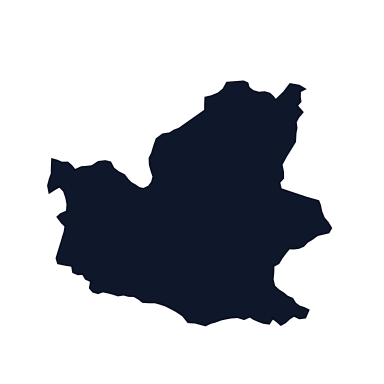 the district of Iporã do Oeste, Santa Catarina, Brazil, rotated 193°
{"feature_id": "56859067B29932927337968", "entity_name": "Iporã do Oeste", "entity_type": "district", "adm_level": 2, "iso_a3": "BRA", "parent_name": "Brazil", "parent_adm1": "Santa Catarina", "projection": "natural_earth1", "projection_center": [-53.489, -27.013], "detail": "fine", "context": "isolated", "style": "filled", "palette": "ink", "viewbox_px": 384, "rotation_deg": 193, "n_neighbors": 0, "source": "geoboundaries", "source_scale": "gbopen_adm2", "svg_char_len": 2152}
<svg xmlns="http://www.w3.org/2000/svg" viewBox="0 0 384 384"><g transform="rotate(193 192 192)"><path d="M119.5,80.2L112.6,79.7L107.6,83.5L103.3,82.0L97.9,81.0L93.0,80.4L87.1,80.9L84.9,87.0L79.8,84.7L75.5,82.3L71.6,85.9L68.4,90.6L64.8,94.2L58.9,92.9L53.2,95.0L51.7,103.3L56.8,104.4L61.6,104.8L66.2,106.8L70.1,110.8L75.5,111.7L80.0,114.0L85.4,115.9L90.6,118.9L93.6,125.2L94.5,132.2L95.8,138.2L91.5,141.9L89.5,148.1L86.9,154.0L84.5,158.8L80.2,159.6L75.5,161.3L71.2,164.3L68.4,169.1L64.3,173.1L60.0,178.1L54.6,180.7L49.6,183.2L48.1,188.2L52.7,192.9L57.6,196.5L61.5,202.2L64.1,208.0L66.7,211.8L79.2,212.4L106.0,215.0L108.9,221.0L106.1,225.9L107.6,232.1L110.7,238.9L108.1,248.3L105.5,255.8L102.7,264.2L104.2,272.8L104.4,278.0L106.4,283.4L105.1,288.6L102.0,294.7L109.0,299.8L106.4,304.5L108.1,308.9L109.2,314.3L104.9,317.8L111.5,319.9L120.8,319.4L125.0,310.0L131.2,300.4L134.4,303.2L138.5,305.5L143.7,305.8L149.1,304.0L155.3,304.3L160.1,306.6L162.3,310.7L166.7,311.5L182.7,306.5L184.7,299.3L188.7,294.1L194.6,289.9L200.4,287.1L199.1,280.1L197.8,274.6L219.0,250.9L223.4,248.0L226.9,244.4L233.6,241.7L238.6,235.8L239.4,228.5L239.9,220.6L241.2,215.5L239.4,209.0L236.0,202.7L233.2,198.3L233.4,192.6L235.5,187.7L240.1,184.2L244.6,184.2L248.7,185.9L253.3,187.2L257.3,189.7L261.7,193.4L267.9,194.9L273.7,197.5L278.1,202.7L283.4,202.8L290.1,200.4L295.3,194.9L299.3,193.4L305.4,191.5L311.0,187.2L315.5,190.7L319.8,192.9L325.5,191.5L330.4,192.4L335.9,192.7L334.3,184.3L333.0,178.3L333.7,172.6L333.9,165.8L330.9,159.0L326.5,163.5L322.3,167.4L317.1,164.0L313.4,158.0L310.8,152.0L309.7,145.0L314.9,141.3L317.7,137.4L312.1,132.7L307.8,130.1L307.4,124.4L307.8,119.4L308.1,113.8L308.7,106.0L309.3,97.0L306.6,92.2L298.6,92.4L292.4,92.9L289.9,86.9L284.7,86.0L280.0,87.4L276.1,83.3L270.5,82.2L270.1,75.4L266.1,72.4L260.8,72.1L256.5,74.9L251.1,75.0L246.4,74.9L240.8,74.4L235.5,76.5L230.4,76.3L225.0,77.4L219.7,75.7L215.3,73.6L208.8,74.7L203.0,76.0L197.4,75.7L192.2,75.2L186.8,73.9L181.2,72.4L173.2,69.4L166.5,64.1L159.6,65.3L154.7,65.1L148.9,64.9L144.3,68.5L139.8,70.9L134.8,74.2L129.8,76.5L125.9,78.2L119.5,80.2Z" fill="#0f172a" stroke="#020617" stroke-width="1.5"/></g></svg>